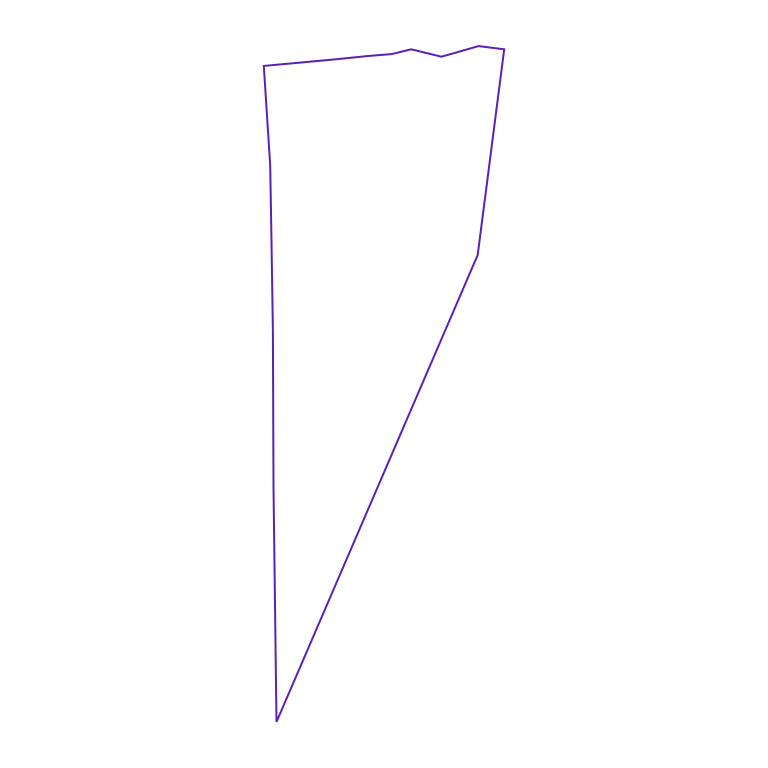 Nova Floresta, Paraíba, Brazil (Natural Earth projection)
{"feature_id": "56859067B50787549545367", "entity_name": "Nova Floresta", "entity_type": "district", "adm_level": 2, "iso_a3": "BRA", "parent_name": "Brazil", "parent_adm1": "Paraíba", "projection": "natural_earth1", "projection_center": [-36.208, -6.495], "detail": "fine", "context": "isolated", "style": "outline", "palette": "violet", "viewbox_px": 768, "rotation_deg": 0, "n_neighbors": 0, "source": "geoboundaries", "source_scale": "gbopen_adm2", "svg_char_len": 298}
<svg xmlns="http://www.w3.org/2000/svg" viewBox="0 0 768 768"><path d="M263.8,65.9L270.2,165.3L271.5,241.9L272.9,331.3L273.5,487.0L276.5,721.9L477.7,255.0L504.2,49.3L478.5,46.1L441.5,56.7L411.1,49.3L391.5,54.1L368.0,56.0L336.7,59.2L263.8,65.9Z" fill="none" stroke="#5b21b6" stroke-width="2"/></svg>